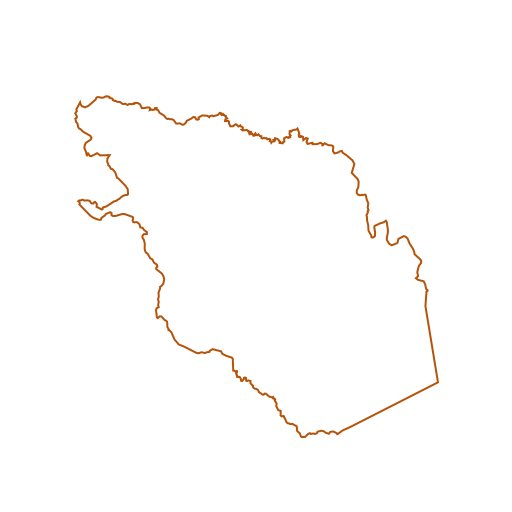 Degollado, Jalisco, Mexico, rotated 256°
{"feature_id": "50627088B18786392741824", "entity_name": "Degollado", "entity_type": "district", "adm_level": 2, "iso_a3": "MEX", "parent_name": "Mexico", "parent_adm1": "Jalisco", "projection": "natural_earth1", "projection_center": [-102.126, 20.456], "detail": "fine", "context": "isolated", "style": "outline", "palette": "amber", "viewbox_px": 512, "rotation_deg": 256, "n_neighbors": 0, "source": "geoboundaries", "source_scale": "gbopen_adm2", "svg_char_len": 6122}
<svg xmlns="http://www.w3.org/2000/svg" viewBox="0 0 512 512"><g transform="rotate(256 256 256)"><path d="M447.6,122.5L441.7,117.1L439.9,117.2L438.3,115.2L434.3,116.0L433.4,115.2L432.9,113.9L429.6,113.9L427.6,114.8L423.8,114.7L422.6,115.1L421.3,116.6L418.4,118.3L412.7,124.3L410.5,125.0L408.9,123.8L407.0,118.3L404.9,116.6L402.4,115.6L397.6,116.3L395.2,116.1L394.6,116.4L396.1,117.9L393.3,119.0L392.7,120.5L394.2,126.7L391.3,129.2L389.3,138.4L386.4,135.3L383.2,134.4L380.8,134.9L379.8,134.6L378.6,135.6L375.7,136.3L374.9,137.8L371.4,139.6L365.4,140.1L364.5,141.2L355.8,146.3L351.9,147.7L346.9,146.8L346.4,145.7L346.8,143.5L346.2,140.4L344.5,137.2L344.1,135.2L343.5,134.5L343.3,131.5L340.3,122.9L340.1,119.1L338.5,118.4L338.4,117.7L342.3,113.2L345.0,114.2L347.4,113.0L347.3,111.9L346.3,110.9L346.6,109.6L347.0,108.9L349.8,107.9L350.7,106.1L351.4,102.7L352.4,101.7L352.6,100.8L352.3,99.4L352.7,97.8L352.2,96.9L351.6,97.5L349.7,97.8L348.7,97.1L335.0,105.1L332.6,107.3L329.7,111.2L328.8,113.3L328.8,114.5L330.4,115.3L331.9,119.3L333.1,120.4L333.8,124.9L332.9,126.2L330.5,125.7L329.4,126.9L328.8,129.4L329.1,136.4L328.5,138.6L323.8,145.7L322.7,146.1L320.6,144.9L318.8,145.0L318.1,146.0L317.7,148.6L316.9,149.3L315.0,150.6L311.7,150.7L310.7,152.8L308.3,153.7L305.6,155.9L303.7,155.4L304.3,152.5L303.5,151.2L302.3,150.4L300.9,150.3L298.9,151.1L295.1,151.1L289.9,149.7L287.1,149.7L285.8,150.1L284.7,151.3L279.4,152.8L277.7,154.7L274.4,155.3L271.6,157.7L269.7,157.8L268.4,156.2L267.5,156.0L261.6,160.5L258.8,161.3L255.8,161.4L251.8,159.5L250.4,158.1L249.2,155.4L247.7,155.1L244.0,152.5L240.3,151.9L237.3,150.3L235.2,150.6L232.1,149.2L229.9,149.2L229.2,146.7L227.7,145.9L220.4,145.0L219.5,145.7L220.7,147.9L220.3,149.5L216.3,151.7L214.3,153.6L212.9,153.8L208.7,152.8L206.2,153.5L205.2,153.2L205.0,154.0L202.3,155.5L194.8,156.7L188.8,159.7L185.5,164.3L176.3,174.9L175.5,176.9L175.8,179.9L174.2,182.9L174.5,185.0L174.2,187.6L175.2,188.2L176.1,191.4L171.9,199.1L169.2,199.7L166.4,202.9L163.2,208.0L161.9,208.6L150.3,206.2L149.6,207.7L149.0,208.1L149.0,209.6L148.6,209.7L147.9,209.5L147.2,208.3L146.0,208.7L145.3,208.3L144.6,208.8L143.3,208.4L142.6,210.9L140.8,211.5L138.3,211.5L138.1,212.4L139.4,214.3L140.6,214.8L140.8,215.9L140.4,216.4L139.8,216.8L137.3,216.3L136.9,216.6L137.0,218.7L136.0,220.4L133.7,219.8L130.9,221.7L130.6,221.3L128.9,221.6L127.7,222.5L126.9,224.3L125.3,225.6L123.2,225.9L119.7,229.1L119.6,229.9L120.4,231.0L120.0,232.3L116.5,234.7L115.0,237.4L115.1,238.3L113.9,238.0L113.1,238.9L113.2,239.5L112.1,239.9L111.2,239.2L107.8,240.3L105.4,239.3L103.3,239.8L100.9,240.4L99.8,242.5L95.3,241.3L94.2,242.1L94.2,243.9L93.7,244.3L93.4,244.0L91.6,244.7L87.3,245.4L86.0,246.4L85.5,247.7L84.6,248.5L84.3,250.7L80.9,254.3L76.2,253.6L73.2,255.7L70.1,255.9L69.3,256.5L68.6,259.9L70.6,263.2L71.1,265.4L70.1,266.0L69.9,268.7L69.0,270.3L69.4,272.4L70.6,273.2L70.7,277.0L69.6,279.3L67.7,280.8L65.9,283.7L67.4,285.6L67.2,287.7L66.8,288.9L64.4,291.6L63.5,291.7L63.5,292.3L65.8,297.9L67.1,305.3L89.4,402.0L166.5,408.3L180.2,412.8L180.4,413.8L181.3,414.2L183.0,413.1L187.4,413.3L190.9,412.6L193.7,407.4L195.8,405.8L197.2,408.4L201.4,408.6L207.0,411.6L209.1,414.3L210.9,415.1L212.5,414.8L219.4,410.3L222.3,410.5L225.2,410.0L231.1,408.0L236.2,407.3L238.5,405.9L239.5,404.1L238.1,398.3L234.6,396.4L234.1,394.6L233.6,390.2L235.7,388.2L239.7,386.9L242.0,387.3L247.0,389.7L249.3,390.3L257.7,391.1L258.8,390.6L257.8,388.0L257.6,384.2L256.5,378.4L255.3,377.7L250.2,377.3L247.1,376.4L246.3,375.9L245.6,373.8L246.2,372.6L248.1,372.7L253.4,371.3L258.6,372.3L264.0,372.4L266.5,373.1L268.6,373.0L271.3,375.1L272.7,375.3L273.1,376.2L276.1,376.1L279.9,377.7L284.1,377.1L288.4,377.3L289.1,376.9L289.9,371.2L290.6,370.1L292.6,369.0L295.2,369.6L298.1,372.0L303.4,373.6L305.9,373.3L313.5,369.0L321.4,373.7L325.4,372.8L331.7,368.3L335.1,365.2L337.2,364.7L337.1,362.1L336.5,360.3L336.6,356.9L339.1,356.0L343.6,357.5L344.2,357.2L345.2,355.7L345.9,353.3L348.8,349.7L347.3,347.8L347.3,347.2L348.8,347.4L350.2,346.0L349.8,342.3L350.8,338.0L352.2,338.2L352.3,333.1L354.4,332.6L357.4,334.6L358.4,333.1L357.0,330.0L360.3,330.4L361.3,329.0L360.6,329.1L360.8,327.3L361.4,326.6L363.4,326.8L364.7,327.7L369.6,327.1L369.0,326.1L369.2,321.7L368.3,320.5L369.1,319.7L369.0,318.9L366.1,318.0L364.4,318.7L363.7,317.3L363.0,317.6L362.8,315.9L364.1,314.5L363.4,311.7L360.1,311.2L359.9,309.7L358.9,309.2L359.9,306.3L360.5,306.5L360.2,307.5L361.1,307.2L361.4,306.3L362.4,306.3L364.3,305.3L365.7,303.0L364.6,302.6L364.5,301.6L363.7,302.4L362.8,301.7L363.2,299.4L362.3,298.3L363.4,298.3L364.1,297.2L365.7,298.1L366.5,297.0L366.5,295.2L367.9,294.7L368.0,293.1L368.7,292.4L368.4,290.9L369.1,289.8L370.9,290.2L371.4,288.8L373.5,287.8L372.9,286.3L373.2,285.6L375.2,285.1L374.4,284.0L373.3,284.1L373.2,282.6L375.6,282.0L375.6,279.2L377.1,279.1L376.6,280.9L377.7,281.1L378.1,279.3L379.1,279.1L379.2,278.3L380.5,277.7L381.1,273.3L382.0,272.7L382.0,273.6L383.7,274.3L384.9,273.5L385.5,272.5L386.5,272.4L385.9,270.2L388.4,268.8L388.7,268.1L387.5,265.0L388.1,262.4L391.5,261.9L392.6,262.3L393.8,261.8L394.4,258.6L396.0,259.3L396.5,261.3L398.2,260.3L399.1,260.6L399.5,259.7L400.5,259.4L400.6,258.5L401.6,258.4L401.1,256.7L402.0,256.4L402.9,256.8L403.7,255.5L402.1,253.2L401.9,248.4L402.9,247.5L402.8,245.0L402.0,244.2L403.8,242.8L405.4,237.9L404.3,233.8L402.6,233.6L402.3,232.7L402.9,231.1L405.4,230.4L406.0,228.6L405.1,226.9L403.9,221.5L402.5,220.4L401.0,217.8L401.1,216.4L403.0,214.5L403.8,210.6L407.6,209.1L408.8,208.0L409.7,205.1L410.4,204.4L410.3,203.3L411.3,202.2L414.6,200.7L418.2,197.1L421.2,196.3L421.9,195.2L423.7,195.4L423.9,193.6L422.6,193.1L422.8,190.7L423.4,190.3L423.2,188.2L424.8,189.0L425.8,188.5L426.5,186.3L426.5,183.6L427.1,181.0L431.2,180.2L433.3,177.9L433.9,175.0L433.1,174.8L433.5,171.6L434.2,169.9L433.6,167.9L435.3,166.1L435.7,163.5L438.3,161.3L439.3,158.4L440.6,157.1L440.5,156.6L441.9,154.8L442.7,155.0L443.5,154.6L444.9,152.1L445.8,152.2L446.7,151.0L446.7,150.1L447.3,149.1L446.7,146.9L446.7,145.1L448.5,141.1L448.5,140.3L448.0,139.3L446.6,138.2L442.3,129.9L441.6,126.1L443.5,123.3L445.3,122.5L447.6,122.5Z" fill="none" stroke="#b45309" stroke-width="2"/></g></svg>